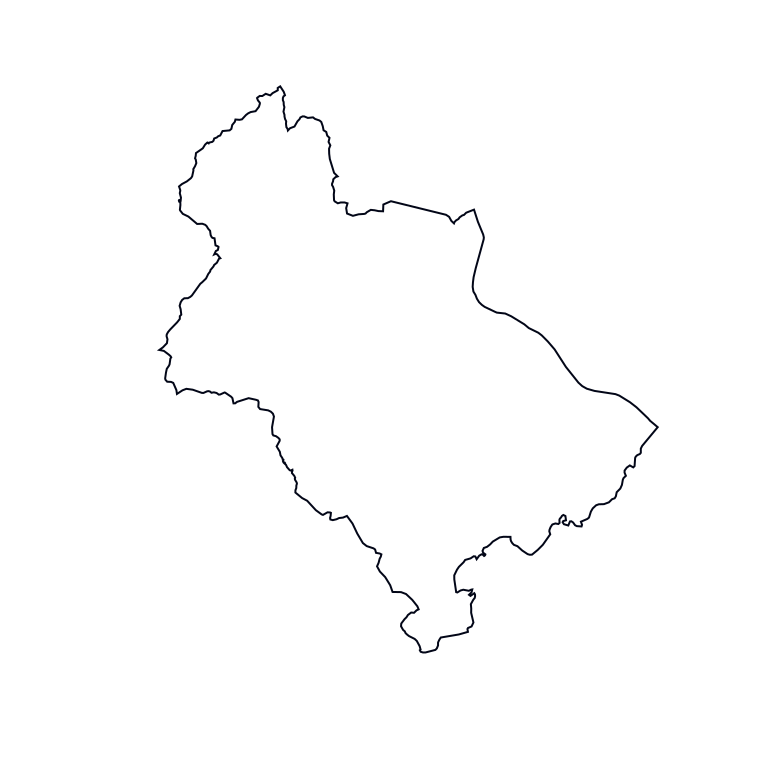 Berzasca, Caras-Severin, Romania (Mercator projection), rotated 204°
{"feature_id": "2599482B58781170815213", "entity_name": "Berzasca", "entity_type": "district", "adm_level": 2, "iso_a3": "ROU", "parent_name": "Romania", "parent_adm1": "Caras-Severin", "projection": "mercator", "projection_center": [22.089, 44.68], "detail": "fine", "context": "isolated", "style": "outline", "palette": "ink", "viewbox_px": 768, "rotation_deg": 204, "n_neighbors": 0, "source": "geoboundaries", "source_scale": "gbopen_adm2", "svg_char_len": 6166}
<svg xmlns="http://www.w3.org/2000/svg" viewBox="0 0 768 768"><g transform="rotate(204 384 384)"><path d="M116.4,455.9L125.9,458.6L129.0,460.1L143.8,465.4L151.9,467.4L164.3,469.1L168.4,468.9L188.9,463.3L196.8,462.2L202.0,462.7L206.9,464.3L224.8,473.6L242.2,485.0L251.7,489.5L259.7,492.6L263.9,493.6L274.5,494.0L280.1,495.6L295.3,497.6L301.9,497.7L310.0,495.1L312.0,495.1L323.4,495.4L326.8,496.1L330.4,497.4L333.8,499.7L336.7,502.6L339.9,504.8L342.5,508.8L344.1,513.1L345.6,518.1L347.3,527.1L351.8,556.7L352.4,558.5L354.2,560.9L364.2,570.4L372.7,579.9L378.6,573.9L379.7,571.0L381.0,569.9L382.7,567.0L383.1,565.0L384.7,562.8L385.5,560.5L385.4,559.2L388.8,560.4L392.5,563.2L396.2,563.8L452.0,553.8L457.6,547.7L455.1,541.4L459.4,539.7L463.2,538.9L466.9,537.7L469.6,533.9L470.2,532.2L471.3,531.3L476.2,528.7L480.8,525.0L487.1,524.7L490.1,529.3L490.8,534.2L493.9,533.8L497.3,532.3L499.7,530.3L503.4,530.8L504.4,531.6L507.0,536.8L508.1,540.4L510.6,543.3L512.4,544.6L512.9,545.8L513.0,548.5L513.6,550.4L512.4,553.3L510.8,554.8L515.5,556.6L525.0,567.5L527.7,572.0L529.9,576.6L530.1,580.2L533.1,582.6L533.9,586.7L536.9,587.8L539.3,590.8L542.4,591.2L544.8,594.6L547.9,597.9L550.1,598.5L554.8,598.1L557.3,598.7L561.8,596.1L565.7,596.0L567.2,595.4L568.8,593.5L568.9,591.5L569.9,588.8L570.5,582.8L573.9,579.4L574.9,576.5L575.9,577.9L577.6,578.9L579.4,581.9L580.2,584.2L582.2,585.9L583.7,587.9L584.4,589.4L586.6,591.9L587.6,596.4L589.1,598.2L590.4,600.8L591.8,602.1L592.7,604.1L592.8,605.9L591.9,607.5L594.5,610.2L599.9,613.7L601.5,611.2L600.5,609.1L604.1,604.4L605.3,601.4L610.1,601.0L612.3,597.6L614.7,596.6L616.1,594.2L616.3,593.6L614.5,591.8L611.9,590.5L611.4,589.6L611.0,586.4L612.3,581.0L616.4,578.2L618.2,576.0L619.5,573.6L621.4,568.0L623.4,566.6L627.3,565.2L626.9,562.9L628.0,558.9L627.2,555.0L628.2,552.9L634.4,549.4L634.7,544.4L636.2,543.0L637.0,541.2L639.0,539.2L638.7,536.9L639.3,535.4L641.9,533.4L642.0,532.5L643.6,532.7L644.8,530.0L645.4,525.6L649.7,518.5L648.8,515.8L648.4,513.3L647.3,512.5L645.3,509.5L645.2,506.1L645.6,502.8L644.9,501.4L643.7,495.6L644.1,493.5L646.5,488.9L649.9,484.5L651.6,481.1L649.2,478.5L648.7,477.7L648.2,475.3L645.3,471.7L644.4,469.0L645.7,468.9L646.0,468.7L646.0,468.1L645.2,467.2L644.0,467.2L642.8,464.7L641.3,460.1L640.8,459.6L637.0,457.6L630.8,457.4L619.8,454.2L615.2,456.5L612.1,456.7L610.3,456.1L607.7,454.3L605.2,453.2L602.9,449.5L601.5,448.3L600.2,447.7L598.1,448.2L594.3,442.1L591.9,442.2L590.9,441.9L590.3,438.9L591.7,437.1L591.8,433.3L590.7,434.5L589.1,434.6L584.7,432.3L585.7,431.4L586.0,426.8L587.6,423.6L587.6,422.0L588.9,417.5L588.6,416.0L589.3,413.1L589.5,408.0L591.5,403.0L592.6,400.8L595.5,386.7L596.4,384.8L598.1,382.6L601.3,381.1L602.6,378.7L603.0,375.9L602.5,372.3L600.2,369.6L597.4,364.9L598.1,362.9L597.0,360.4L598.1,356.1L601.5,346.8L602.4,343.6L602.6,341.3L602.5,340.3L601.9,339.0L600.0,336.8L598.9,333.0L600.9,327.5L603.1,323.7L598.6,324.7L592.5,323.3L590.3,322.6L589.2,321.8L589.5,320.4L587.9,314.8L587.9,313.2L588.6,309.5L587.8,305.7L586.2,300.1L585.4,299.0L583.0,297.9L579.4,299.3L577.0,299.3L571.2,294.0L569.1,290.7L565.5,296.3L562.6,299.2L556.4,301.0L546.8,301.8L545.3,302.4L542.6,305.4L541.2,306.2L539.6,306.3L538.1,305.8L536.0,307.2L533.3,307.7L530.6,307.1L529.4,307.8L526.2,311.4L525.6,311.5L518.4,310.2L516.7,309.4L513.6,305.1L512.1,305.8L511.0,307.9L501.9,316.0L494.6,317.5L492.5,317.7L491.2,316.5L489.5,312.0L487.0,310.7L479.1,312.8L476.1,312.7L473.4,311.7L471.3,309.5L468.7,299.0L465.5,292.9L464.2,292.0L461.4,292.4L458.5,291.8L456.8,291.0L456.2,289.7L456.7,283.3L451.6,279.7L449.5,276.7L446.9,275.1L446.2,274.2L445.1,274.0L444.9,273.5L445.1,272.6L444.2,271.7L442.9,271.9L442.4,271.6L442.8,271.0L440.5,270.2L438.8,268.6L435.1,266.9L434.0,267.0L432.8,268.4L432.3,267.6L432.4,266.6L431.9,265.2L428.6,263.6L427.0,262.2L427.0,261.3L426.4,260.4L423.7,258.5L423.0,257.5L422.8,255.7L421.8,253.2L421.7,251.0L420.8,248.8L412.4,246.5L406.7,246.1L394.9,241.0L387.9,239.5L386.5,239.6L383.4,243.8L381.0,244.7L380.1,244.7L379.1,241.7L378.8,239.7L377.9,238.4L375.4,238.8L372.4,241.1L370.5,243.3L367.1,245.3L364.2,248.4L356.0,243.7L347.6,236.5L338.6,230.1L333.9,228.9L326.7,229.6L324.8,229.2L322.6,226.5L319.0,227.4L317.1,227.3L316.7,224.9L316.9,222.7L316.2,218.4L316.2,214.6L311.5,211.0L304.4,208.1L296.5,202.7L291.6,197.5L283.8,200.8L278.4,201.1L270.4,198.3L263.1,194.5L260.7,192.2L262.2,190.5L263.5,187.2L266.2,186.3L268.2,182.7L268.6,180.0L269.6,177.5L270.8,172.2L269.9,169.6L266.5,167.1L264.4,166.5L263.0,165.2L261.0,164.5L258.7,163.9L252.3,163.6L249.5,162.6L244.8,159.0L242.6,156.3L243.0,155.4L241.6,154.3L239.1,154.6L236.8,155.7L228.9,162.0L228.2,163.9L228.3,167.2L229.4,169.6L229.5,170.6L229.4,173.1L229.0,175.5L213.8,185.6L206.5,191.7L208.1,194.1L208.0,195.3L205.4,198.1L205.3,202.5L211.3,210.4L213.0,214.4L215.1,218.2L214.7,223.1L214.1,225.5L214.5,227.3L215.3,228.8L216.4,229.6L218.8,225.6L220.6,226.0L219.3,229.3L219.8,232.2L220.7,231.6L222.4,229.6L227.9,228.3L230.1,226.5L232.2,223.4L233.4,223.2L240.3,234.1L242.0,237.8L241.8,244.0L241.2,247.4L238.8,253.5L238.3,256.3L234.0,259.9L232.0,263.1L230.4,263.6L228.1,261.6L227.2,265.9L225.6,268.1L224.4,268.3L222.6,267.6L222.3,268.0L222.0,268.8L222.1,269.6L224.8,270.2L226.1,271.6L226.1,274.8L223.6,277.2L221.8,280.6L220.5,284.3L215.9,290.9L212.9,292.9L206.3,295.8L205.1,293.4L204.0,292.1L202.1,290.8L199.9,289.9L196.1,290.1L190.0,288.1L183.6,287.0L181.4,287.3L179.4,288.3L176.1,294.9L173.5,301.7L171.0,314.3L173.1,316.7L173.5,318.2L173.6,320.9L173.2,323.5L173.0,324.2L170.7,326.3L167.8,327.0L167.1,328.5L168.5,331.2L168.6,332.5L168.0,334.1L167.8,335.8L166.9,337.3L164.6,337.2L162.3,333.5L164.5,331.7L164.6,330.4L162.6,329.1L158.1,329.7L158.2,334.1L157.0,334.8L154.9,334.4L152.0,332.7L150.0,332.6L145.6,334.2L145.8,335.9L148.1,338.3L143.3,343.5L142.4,345.4L143.1,351.6L142.7,355.3L140.9,359.5L138.8,361.5L134.2,363.7L130.4,367.4L128.8,371.5L126.8,373.4L126.5,375.7L127.4,379.8L125.6,384.6L125.6,388.6L126.9,393.8L126.9,395.5L125.7,398.5L128.2,400.9L129.0,402.8L128.2,406.4L126.3,409.6L122.4,409.2L121.7,410.9L124.5,418.6L124.5,420.0L123.7,422.0L121.8,424.1L121.4,425.6L123.1,429.4L123.0,432.4L116.4,455.9Z" fill="none" stroke="#020617" stroke-width="2"/></g></svg>